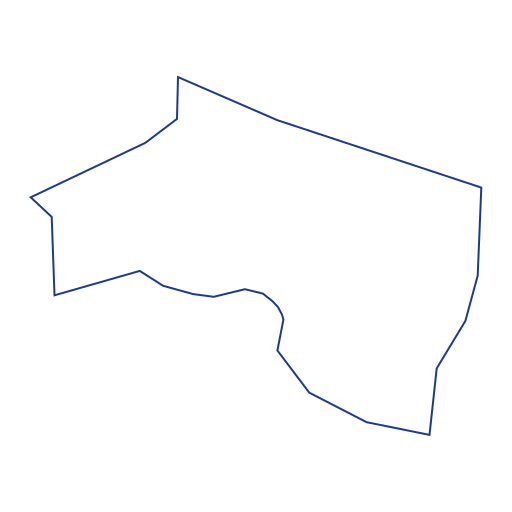 the border of Šoštanj
{"feature_id": "SVN-995", "entity_name": "Šoštanj", "entity_type": "Municipality", "adm_level": 1, "iso_a3": "SVN", "parent_name": "Slovenia", "parent_adm1": "", "projection": "mercator", "projection_center": [14.991, 46.406], "detail": "fine", "context": "isolated", "style": "outline", "palette": "blue", "viewbox_px": 512, "rotation_deg": 0, "n_neighbors": 0, "source": "natural_earth", "source_scale": "10m", "svg_char_len": 434}
<svg xmlns="http://www.w3.org/2000/svg" viewBox="0 0 512 512"><path d="M178.0,77.1L277.4,120.2L481.3,187.6L477.7,275.6L465.4,320.9L436.7,368.4L429.5,434.9L366.6,422.2L309.3,392.7L277.4,350.5L283.4,319.7L282.0,314.6L278.1,307.3L272.8,301.5L262.9,293.6L244.9,289.2L213.8,296.8L193.2,294.1L163.1,285.8L139.7,270.9L54.5,295.3L51.7,216.9L30.7,197.3L145.4,142.8L177.0,118.9L178.0,77.1Z" fill="none" stroke="#1e3a8a" stroke-width="2"/></svg>